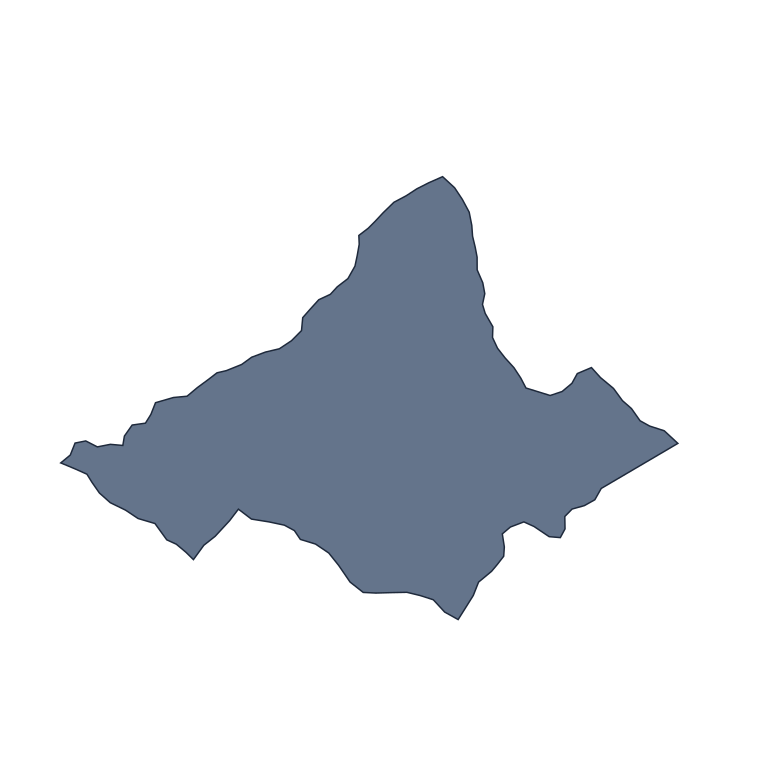 the district of Júlio Mesquita, São Paulo, Brazil, rotated 102°
{"feature_id": "56859067B97647740758227", "entity_name": "Júlio Mesquita", "entity_type": "district", "adm_level": 2, "iso_a3": "BRA", "parent_name": "Brazil", "parent_adm1": "São Paulo", "projection": "natural_earth1", "projection_center": [-49.794, -21.975], "detail": "fine", "context": "isolated", "style": "filled", "palette": "slate", "viewbox_px": 768, "rotation_deg": 102, "n_neighbors": 0, "source": "geoboundaries", "source_scale": "gbopen_adm2", "svg_char_len": 1706}
<svg xmlns="http://www.w3.org/2000/svg" viewBox="0 0 768 768"><g transform="rotate(102 384 384)"><path d="M581.6,564.1L583.9,553.8L589.8,542.7L595.4,533.9L579.2,526.7L568.1,517.5L549.8,506.6L536.7,500.4L543.7,485.6L542.8,467.7L542.8,452.1L546.0,441.2L553.4,433.5L554.8,417.7L560.8,402.9L570.8,390.7L584.8,376.0L592.2,361.0L590.2,348.6L586.6,333.7L583.0,318.3L583.4,304.6L584.8,290.9L594.5,277.2L599.0,262.5L585.7,257.6L572.3,252.7L558.1,250.3L544.8,239.8L536.9,235.6L527.6,231.1L518.4,232.4L506.0,237.1L497.6,230.6L489.8,218.5L492.2,207.6L499.0,190.7L497.6,179.6L488.1,176.8L476.0,179.6L467.2,174.0L461.3,162.7L453.4,153.7L441.0,149.8L381.0,84.2L371.5,100.1L369.9,115.4L366.7,125.9L356.6,136.8L350.7,147.3L340.6,158.6L332.7,173.6L324.8,184.5L333.6,197.1L344.2,200.3L354.3,208.2L360.7,219.1L359.5,232.1L358.4,244.3L349.8,251.4L341.0,260.3L333.3,271.0L325.4,280.4L316.0,287.5L305.4,289.4L293.9,299.7L285.7,304.2L274.7,304.2L264.5,308.4L253.0,316.6L240.6,319.3L231.3,323.2L221.0,328.1L210.6,331.1L198.2,336.4L187.1,345.8L177.4,355.7L169.0,369.8L177.8,382.0L186.2,392.4L195.4,401.6L204.2,412.1L216.6,420.4L227.2,426.8L234.9,431.8L243.9,439.5L252.5,437.3L264.1,436.9L274.7,436.9L288.4,441.2L298.6,449.9L307.4,455.1L315.1,465.3L325.7,471.5L336.0,477.3L348.9,475.8L360.9,483.5L371.3,493.7L377.4,506.6L385.3,519.0L394.5,527.3L403.7,541.0L407.8,549.7L415.7,556.4L426.3,565.8L436.9,574.1L441.0,587.2L449.8,603.6L462.2,605.7L471.9,609.2L476.5,621.8L488.9,627.1L498.4,626.7L499.9,639.1L505.1,651.3L501.7,663.9L506.0,673.9L518.7,676.1L528.4,683.8L531.3,668.4L534.0,655.8L541.0,649.1L549.8,639.7L557.0,627.1L561.1,610.7L566.7,596.6L568.1,579.0L581.6,564.1Z" fill="#64748b" stroke="#1e293b" stroke-width="1.5"/></g></svg>